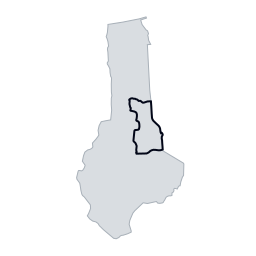 Benin, with Donga highlighted, rotated 177°
{"feature_id": "BEN-2182", "entity_name": "Donga", "entity_type": "Department", "adm_level": 1, "iso_a3": "BEN", "parent_name": "Benin", "parent_adm1": "", "projection": "orthographic", "projection_center": [1.891, 9.258], "detail": "fine", "context": "in_parent", "style": "outline", "palette": "ink", "viewbox_px": 256, "rotation_deg": 177, "n_neighbors": 0, "source": "natural_earth", "source_scale": "10m", "svg_char_len": 3716}
<svg xmlns="http://www.w3.org/2000/svg" viewBox="0 0 256 256"><g transform="rotate(177 128 128)"><path d="M104.2,238.0L103.8,236.8L109.7,235.2L108.5,230.5L104.8,225.0L103.4,224.0L102.6,221.2L103.5,219.4L103.1,218.2L102.8,214.4L101.0,210.3L104.3,210.2L104.3,196.9L104.3,184.2L104.3,173.3L104.3,164.7L103.7,154.5L103.6,146.9L103.5,136.9L102.3,133.8L97.3,128.6L95.9,125.8L95.7,122.2L94.6,118.5L94.5,112.0L94.5,104.4L94.0,103.2L88.6,99.5L81.0,94.4L75.2,90.5L74.7,90.2L74.1,89.2L75.0,77.7L76.2,76.2L78.1,71.4L79.0,67.6L79.9,67.6L81.0,66.4L82.0,64.5L83.0,64.9L84.7,65.3L85.5,64.6L85.4,63.2L85.9,61.8L87.3,61.1L87.6,59.9L87.6,58.4L88.8,58.0L90.8,58.1L92.4,57.6L93.6,56.8L95.3,53.9L96.2,52.8L96.5,52.1L97.5,51.4L100.1,51.1L102.2,51.4L103.5,53.1L112.5,51.6L116.8,52.5L125.6,45.0L127.6,42.7L130.2,37.4L131.1,35.4L131.9,31.8L130.2,25.0L130.3,23.8L133.9,22.4L138.4,21.2L140.1,21.1L141.3,20.6L142.9,19.1L145.6,18.0L147.1,18.4L148.1,18.6L157.6,27.5L161.7,31.9L162.9,34.2L165.0,35.9L168.1,36.9L171.0,39.2L173.2,42.4L171.8,44.7L169.6,49.5L169.6,53.2L174.9,60.9L175.5,61.7L176.9,62.9L177.6,64.4L178.3,68.2L178.7,72.6L179.1,75.5L181.7,79.6L181.9,81.2L180.1,87.3L179.7,88.0L179.2,88.2L176.5,87.6L175.3,88.3L173.8,90.4L172.9,92.5L172.9,93.3L175.3,97.2L173.8,102.8L172.3,106.2L169.4,108.2L166.9,108.7L165.2,109.6L164.1,110.9L164.3,114.8L160.6,118.5L158.5,121.0L157.5,122.5L158.0,127.2L156.7,131.9L154.4,135.7L149.2,136.5L144.9,137.0L143.4,146.5L143.5,152.5L143.1,158.6L142.4,161.1L142.7,164.6L142.4,172.6L141.8,178.9L142.6,180.6L143.0,184.2L143.0,188.1L144.1,190.7L145.3,193.0L145.3,194.2L144.7,195.0L144.1,195.9L144.1,204.9L144.4,207.6L144.1,209.3L143.1,210.7L143.5,215.3L144.2,218.2L145.0,220.3L144.3,222.1L143.6,224.4L142.7,230.4L142.6,232.5L127.8,234.0L111.1,236.4L104.2,238.0Z" fill="#d9dde1" stroke="#a8b0b8" stroke-width="1"/><path d="M94.7,121.5L94.2,121.0L93.8,120.1L93.7,119.4L93.9,118.9L94.5,117.9L94.7,117.5L94.8,117.1L94.8,116.4L94.8,116.1L94.9,115.6L94.6,114.0L94.6,111.2L94.5,107.3L94.5,104.7L94.9,104.5L96.9,104.1L98.4,104.1L100.1,104.4L101.6,104.7L103.8,104.9L105.6,104.5L107.1,103.8L108.2,102.8L109.5,102.1L110.8,101.6L120.8,101.9L121.1,102.7L121.0,102.8L121.0,103.0L120.9,103.0L120.6,103.6L120.9,105.3L120.9,106.0L120.7,107.0L120.4,108.9L120.3,109.5L120.4,110.0L121.1,112.0L121.6,112.9L122.3,113.6L122.9,114.2L123.2,114.8L123.2,115.3L121.8,124.5L121.7,124.9L121.6,125.1L121.4,125.3L121.2,125.4L121.1,125.5L120.9,125.6L120.7,125.6L119.4,125.6L118.5,125.7L118.0,125.8L117.8,125.8L117.5,126.0L117.2,126.2L116.7,127.8L116.5,129.0L116.5,131.0L116.6,132.1L116.8,132.9L116.8,133.1L117.0,133.4L117.2,133.7L117.4,133.9L117.6,134.0L117.9,134.2L118.9,134.7L119.0,134.8L119.3,135.2L119.3,135.5L119.3,135.9L119.0,136.6L118.8,137.5L118.6,138.7L118.5,139.1L118.4,140.9L118.5,141.5L118.7,142.2L118.8,142.5L118.9,142.8L119.1,143.0L119.4,143.3L119.6,143.5L120.0,143.7L120.7,144.1L124.2,145.1L124.4,145.2L124.5,145.2L124.7,145.4L124.4,146.7L124.2,147.8L124.5,148.2L124.7,148.7L125.3,151.9L124.9,155.0L125.1,155.8L125.3,156.0L125.0,156.5L124.5,156.8L124.2,157.0L123.8,157.2L123.2,157.4L122.4,157.4L122.2,157.4L121.9,157.4L121.0,157.0L120.5,156.9L119.7,156.9L119.3,156.8L118.9,156.5L118.8,156.4L117.7,156.1L117.4,155.9L117.1,155.7L116.8,155.5L116.3,154.8L116.2,154.7L115.9,154.5L115.7,154.5L114.6,154.5L114.4,154.5L114.2,154.4L113.8,154.2L113.7,154.1L112.7,153.1L112.4,152.9L112.1,152.7L111.8,152.5L111.6,152.5L111.1,152.5L110.5,152.6L107.5,153.4L107.1,153.5L106.9,153.5L106.2,153.5L104.3,153.5L103.7,153.4L103.6,148.6L103.6,145.3L103.6,141.4L103.5,137.0L103.3,136.0L103.0,135.1L102.3,133.9L100.1,131.5L97.3,128.6L97.1,128.3L96.5,127.3L96.0,125.8L95.7,122.2L95.3,121.2L94.7,121.5Z" fill="none" stroke="#020617" stroke-width="2"/></g></svg>